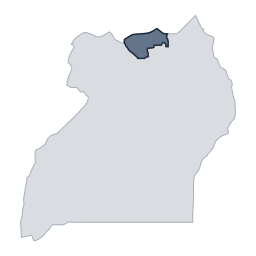 location of Lamwo within Uganda
{"feature_id": "UGA-5603", "entity_name": "Lamwo", "entity_type": "District", "adm_level": 1, "iso_a3": "UGA", "parent_name": "Uganda", "parent_adm1": "", "projection": "orthographic", "projection_center": [32.763, 3.511], "detail": "fine", "context": "in_parent", "style": "filled", "palette": "slate", "viewbox_px": 256, "rotation_deg": 0, "n_neighbors": 0, "source": "natural_earth", "source_scale": "10m", "svg_char_len": 2800}
<svg xmlns="http://www.w3.org/2000/svg" viewBox="0 0 256 256"><path d="M192.8,222.3L188.4,222.3L181.4,222.3L174.3,222.3L167.3,222.3L160.2,222.3L153.2,222.3L146.1,222.3L139.1,222.3L132.0,222.3L125.0,222.3L117.9,222.3L110.9,222.3L103.8,222.3L96.8,222.3L89.7,222.3L82.7,222.3L75.6,222.2L71.5,222.2L70.7,222.1L70.1,222.0L67.4,222.4L64.7,224.2L61.7,224.9L58.6,224.6L58.2,224.8L56.6,224.7L54.4,224.6L52.3,225.1L50.7,226.6L49.1,229.2L46.2,232.1L44.0,234.8L42.1,236.7L37.7,239.7L35.3,240.6L34.1,240.5L33.4,239.9L32.0,236.0L31.1,235.3L22.6,237.3L21.3,237.4L21.4,236.1L20.8,226.8L20.7,221.1L21.8,217.6L22.4,213.4L22.5,209.8L24.1,203.7L23.5,199.9L25.5,187.0L26.0,184.9L26.8,178.6L28.1,176.7L29.2,175.9L30.7,172.1L33.5,165.9L35.4,162.7L35.0,155.8L35.3,151.1L35.8,150.1L39.9,148.3L45.3,144.0L47.5,138.9L50.7,135.6L57.0,133.5L75.4,115.9L84.0,106.5L87.7,101.6L87.8,99.9L88.5,97.6L87.0,95.8L85.3,94.2L84.7,92.7L83.1,91.9L80.9,92.0L79.5,90.9L77.8,88.7L76.2,87.4L71.0,87.5L66.9,85.3L67.0,82.3L68.6,76.5L71.6,69.8L71.8,67.9L71.4,66.3L70.7,65.0L69.3,63.6L68.0,62.0L69.0,57.2L70.9,52.5L72.5,50.1L74.1,47.5L73.6,45.3L71.4,44.2L72.5,42.1L75.0,38.6L79.7,35.0L83.8,32.6L86.6,32.6L91.9,34.5L96.8,36.8L99.4,36.9L102.7,35.9L109.4,31.9L111.0,33.2L112.9,35.6L115.0,39.7L119.2,41.5L121.3,42.8L122.7,43.2L123.5,42.8L125.1,39.7L127.1,37.9L130.6,35.8L138.5,34.0L144.1,33.5L146.5,33.1L150.5,32.1L156.8,28.9L163.0,33.1L169.8,33.9L176.3,33.8L178.3,32.6L179.4,31.6L186.3,24.7L195.5,15.4L201.7,28.5L203.8,29.2L203.5,30.4L203.0,31.5L207.1,34.7L212.0,36.3L213.8,37.9L214.0,39.7L212.3,47.4L212.6,49.5L214.2,57.2L217.2,59.0L219.9,66.7L225.2,70.0L225.9,70.9L227.2,74.7L228.8,78.8L230.1,79.7L230.8,80.0L232.4,84.3L231.5,86.8L232.8,94.2L234.8,100.9L235.3,108.8L235.3,112.3L235.3,114.4L234.8,117.5L233.9,119.2L232.2,120.9L230.3,123.6L228.7,126.5L227.6,127.9L228.4,132.2L228.2,133.3L227.8,133.8L225.4,134.5L222.3,135.7L220.4,136.8L217.8,139.0L215.7,141.3L212.9,148.3L208.2,153.7L207.4,155.4L203.0,158.7L201.0,162.6L199.8,167.5L198.1,171.0L194.3,175.8L193.5,183.3L193.6,198.4L192.6,215.6L192.8,222.3Z" fill="#d9dde1" stroke="#a8b0b8" stroke-width="1"/><path d="M156.8,28.7L157.6,29.0L162.6,33.1L163.4,33.5L164.7,33.8L167.4,33.9L166.9,35.6L166.5,36.8L166.8,38.0L167.7,39.3L168.2,41.5L168.1,46.7L165.9,46.6L165.9,44.5L164.1,42.6L163.1,42.6L162.3,43.0L161.8,44.6L161.2,45.2L154.5,45.2L154.0,46.2L154.0,47.0L153.1,47.7L151.6,48.0L147.8,48.2L147.3,49.3L147.3,51.1L148.1,52.8L148.1,54.4L148.3,56.6L146.5,57.0L144.3,58.4L137.7,58.4L137.5,57.5L132.6,53.2L131.5,52.4L130.0,51.3L128.0,48.9L127.5,47.7L125.9,46.1L125.7,45.3L125.3,44.6L125.1,43.9L124.3,42.9L124.4,42.3L124.4,41.7L124.3,40.3L124.3,39.8L124.8,39.2L132.1,34.8L133.8,34.4L141.1,33.8L147.3,33.3L150.6,32.3L153.7,30.7L156.1,28.9L156.8,28.7Z" fill="#64748b" stroke="#1e293b" stroke-width="1.5"/></svg>